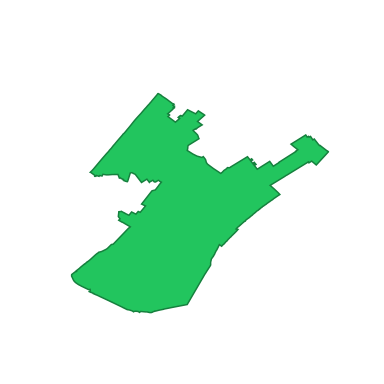 outline of Midden-Delfland, Zuid-Holland, Netherlands, rotated 340°
{"feature_id": "6326949B8148918487264", "entity_name": "Midden-Delfland", "entity_type": "district", "adm_level": 2, "iso_a3": "NLD", "parent_name": "Netherlands", "parent_adm1": "Zuid-Holland", "projection": "equal_earth", "projection_center": [4.318, 51.971], "detail": "fine", "context": "isolated", "style": "filled", "palette": "green", "viewbox_px": 384, "rotation_deg": 340, "n_neighbors": 0, "source": "geoboundaries", "source_scale": "gbopen_adm2", "svg_char_len": 5858}
<svg xmlns="http://www.w3.org/2000/svg" viewBox="0 0 384 384"><g transform="rotate(340 192 192)"><path d="M204.8,102.9L204.6,102.9L204.4,102.9L204.1,102.5L202.2,99.6L199.8,95.9L196.8,91.9L196.1,90.5L194.1,88.1L193.8,87.9L193.6,87.9L193.2,88.1L192.7,88.5L192.2,88.8L185.0,92.9L184.3,93.4L183.5,93.7L182.5,94.4L179.9,95.7L177.8,96.9L175.8,97.9L170.9,100.7L167.4,102.5L165.3,103.6L162.4,105.2L159.6,106.9L156.7,108.7L154.0,110.3L152.4,111.2L151.1,112.0L149.2,113.1L148.5,113.5L147.1,114.0L146.9,114.1L145.9,114.8L141.2,117.4L136.8,119.9L135.7,120.6L134.1,121.4L131.1,123.3L128.7,124.5L127.6,125.3L125.8,126.2L123.7,127.3L122.7,127.9L119.4,129.7L107.1,136.8L105.5,137.6L105.0,137.9L104.1,138.2L103.2,138.7L103.5,138.9L106.5,143.4L105.9,143.9L105.9,144.0L107.0,144.4L107.9,143.8L110.0,145.5L110.7,144.9L113.0,146.2L114.3,144.9L117.2,146.5L117.7,146.7L119.4,147.3L123.0,148.3L128.4,150.2L128.5,154.1L129.4,154.0L130.1,155.3L130.4,155.3L131.0,156.0L131.7,156.6L131.4,157.0L132.2,157.8L132.0,158.1L132.5,158.5L133.4,159.3L134.7,160.2L135.1,160.0L136.1,158.8L140.5,153.0L141.5,153.1L142.4,153.5L142.7,153.7L143.1,154.5L143.8,155.0L144.1,155.3L144.7,156.0L144.9,156.5L147.8,165.8L154.0,164.5L154.8,167.0L155.2,168.4L155.7,168.1L159.1,167.6L159.3,167.6L160.0,169.6L161.1,170.1L161.4,170.1L164.2,169.5L164.4,169.5L164.7,169.7L165.4,171.0L166.6,172.3L163.8,173.9L162.7,174.7L158.4,177.4L157.9,177.5L155.0,177.2L154.6,177.3L140.5,186.1L143.5,189.2L136.4,193.4L134.8,191.9L131.7,193.6L128.4,190.1L124.8,192.3L121.4,188.8L121.5,188.7L120.4,187.6L119.0,186.0L118.8,186.1L116.5,185.5L114.4,189.8L114.4,190.1L115.2,192.6L113.5,193.5L115.9,196.4L116.3,196.6L122.1,203.6L121.5,203.9L120.0,204.3L100.1,214.1L98.6,213.8L98.2,213.8L93.4,216.0L92.5,216.3L91.5,216.5L87.9,216.9L86.7,217.0L85.4,216.9L83.7,216.7L82.1,217.4L81.9,217.3L80.1,217.9L73.3,220.7L70.0,221.9L69.8,221.7L66.4,223.1L66.3,222.9L61.2,224.7L60.2,225.2L56.2,226.5L56.4,227.1L56.0,227.2L55.1,227.0L50.7,228.4L50.6,228.7L50.6,228.8L50.1,229.7L50.4,233.7L50.7,235.3L51.0,236.0L51.6,237.3L53.0,239.3L54.0,240.6L55.3,241.9L55.6,242.4L61.5,248.4L63.0,248.7L62.6,250.1L61.4,250.5L62.8,251.9L63.0,251.9L65.0,253.9L64.8,254.0L66.7,255.8L66.8,255.8L80.5,269.6L88.5,277.8L88.4,277.8L90.7,280.2L90.8,280.1L91.7,280.8L92.9,281.5L95.2,283.3L96.1,284.6L96.7,284.4L98.4,284.8L100.6,285.9L101.5,287.2L102.9,286.7L106.3,288.3L107.8,289.0L108.7,289.3L109.9,290.1L110.8,290.7L111.9,291.2L112.7,291.4L113.6,291.4L115.1,291.2L115.8,291.3L116.7,291.4L116.8,291.4L116.8,291.2L117.1,291.3L117.5,291.5L120.7,291.8L125.2,292.5L125.5,292.5L125.7,292.4L128.7,292.9L133.4,293.6L149.0,296.1L157.4,289.1L174.1,275.2L175.5,274.0L177.4,272.6L178.5,271.7L180.1,270.5L184.3,267.3L184.4,267.1L184.8,266.4L185.0,265.8L185.0,265.6L185.6,264.2L186.2,263.3L187.4,261.5L188.3,260.9L189.2,260.3L190.3,259.6L190.6,259.0L191.4,258.7L192.0,258.1L192.9,257.1L194.7,255.4L195.1,255.2L195.8,254.6L197.7,252.8L199.7,250.8L201.3,253.1L202.2,252.6L202.8,252.2L203.2,252.2L204.0,251.9L204.4,251.8L204.9,251.3L205.5,251.2L206.9,250.3L207.9,250.1L208.5,249.6L209.0,249.4L209.3,249.2L209.9,248.8L210.8,248.5L211.8,247.9L212.1,247.8L213.3,247.4L213.9,247.0L215.7,246.2L216.4,245.9L217.1,245.5L217.7,245.4L218.0,245.2L218.4,244.9L219.4,244.5L220.6,243.9L222.4,242.9L220.8,241.8L222.6,240.9L223.5,240.5L224.0,240.4L224.9,240.1L226.0,239.5L226.4,239.4L226.4,239.5L228.8,238.5L230.6,237.9L230.9,237.6L231.1,237.5L231.4,237.5L231.8,237.6L232.1,237.6L232.4,237.4L232.8,236.9L233.4,236.7L234.0,236.5L234.6,236.3L235.3,236.1L236.0,235.9L236.7,235.8L237.2,235.5L237.5,235.4L237.8,235.4L238.6,235.0L240.3,234.5L240.9,234.3L241.8,233.8L243.7,233.2L243.9,233.0L244.7,232.9L245.3,232.5L245.9,232.3L247.0,231.9L247.7,231.9L248.1,231.7L249.4,231.3L249.3,231.2L250.1,230.9L251.0,230.7L251.6,230.4L252.5,230.3L253.1,229.9L253.6,229.7L254.3,229.7L255.5,229.3L257.7,228.8L258.0,228.6L259.6,228.1L260.4,228.0L261.4,227.6L261.9,227.6L262.3,227.4L262.6,227.3L264.3,226.9L265.0,226.8L266.2,226.3L267.1,226.0L268.1,225.8L271.5,224.9L272.5,224.7L273.7,224.4L272.7,222.1L271.9,220.5L270.7,218.1L267.7,212.5L270.1,212.0L284.4,209.1L285.9,208.7L286.2,208.6L286.8,208.6L311.7,203.5L311.9,204.4L311.9,204.6L315.0,203.9L316.0,205.6L318.0,209.1L320.0,208.1L330.1,202.9L333.7,201.0L333.7,200.9L333.9,200.7L333.6,200.2L333.5,200.3L332.9,199.4L330.1,195.0L328.2,192.0L327.9,192.1L327.3,191.1L325.0,184.0L323.4,184.4L322.4,180.3L320.8,180.6L320.6,179.6L319.0,179.8L318.4,177.3L301.4,180.9L303.2,184.1L305.1,187.1L305.9,188.5L304.6,188.8L303.8,189.0L303.3,189.2L303.4,189.5L283.9,193.8L283.7,193.9L283.7,194.2L281.5,194.6L277.2,195.6L275.5,189.8L261.1,192.9L260.5,190.9L259.9,189.2L259.7,188.4L261.6,188.0L261.3,187.1L259.4,187.5L259.1,186.7L260.9,186.3L260.8,185.7L260.7,185.4L258.8,185.8L257.9,183.0L259.9,182.6L259.4,181.2L257.5,181.6L256.2,177.8L236.8,181.7L236.7,181.9L235.5,182.0L233.6,181.2L232.5,181.9L230.5,182.4L229.3,182.7L227.4,183.7L225.4,184.4L220.1,177.2L217.0,172.5L216.1,171.1L215.8,170.1L215.6,169.1L215.6,168.7L215.8,166.7L215.8,166.2L215.7,165.7L215.3,164.4L214.7,162.6L213.4,162.9L213.1,162.9L209.0,160.0L205.8,156.6L201.7,151.3L202.2,150.7L203.1,149.2L203.3,148.6L203.9,147.4L204.4,146.9L216.8,144.3L216.7,143.4L216.8,141.8L216.8,141.0L216.7,140.2L216.5,139.7L216.2,139.1L215.7,137.9L214.7,136.0L214.3,135.1L214.1,134.4L217.0,133.8L217.2,134.3L219.5,133.4L224.5,132.4L221.3,127.6L230.2,124.1L229.5,123.0L228.2,121.3L225.7,117.9L222.2,119.8L216.0,113.2L208.7,117.4L207.7,116.4L207.8,116.4L207.7,116.3L207.3,116.6L207.0,116.6L205.8,116.9L205.7,116.7L204.5,117.2L205.5,118.7L200.3,120.7L195.2,112.9L197.3,112.0L197.0,111.4L195.9,110.2L202.1,107.8L202.1,107.6L202.6,107.3L202.8,107.3L203.7,107.1L204.0,106.9L203.8,106.7L204.0,106.7L203.8,106.4L204.0,106.3L203.7,106.0L204.9,105.4L203.7,104.1L205.0,103.5L204.7,103.2L204.8,102.9Z" fill="#22c55e" stroke="#15803d" stroke-width="1.5"/></g></svg>